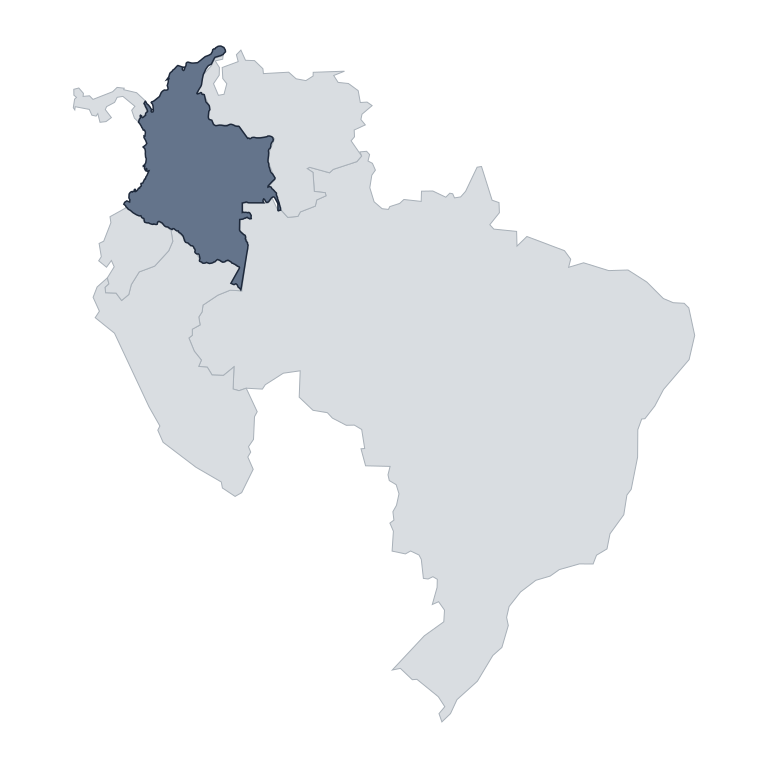 Colombia highlighted, Robinson projection
{"feature_id": "COL", "entity_name": "Colombia", "entity_type": "country or territory", "adm_level": 0, "iso_a3": "COL", "parent_name": "South America", "parent_adm1": "", "projection": "robinson", "projection_center": [-72.763, 4.099], "detail": "fine", "context": "with_neighbors", "style": "filled", "palette": "slate", "viewbox_px": 768, "rotation_deg": 0, "n_neighbors": 5, "source": "natural_earth", "source_scale": "50m", "svg_char_len": 10754}
<svg xmlns="http://www.w3.org/2000/svg" viewBox="0 0 768 768"><path d="M441.9,721.9L439.0,713.6L444.8,706.7L438.3,696.7L416.9,679.3L412.3,679.7L400.4,668.4L392.3,670.0L424.3,635.8L443.8,621.8L444.5,610.1L438.6,601.7L432.3,604.5L437.1,587.4L437.3,579.3L432.9,576.7L428.1,579.0L423.4,578.4L421.3,559.4L419.0,555.0L410.6,551.0L405.4,553.9L392.1,551.1L393.4,531.2L389.9,523.1L393.9,520.1L392.9,511.7L396.5,505.3L399.0,493.8L396.2,484.7L389.3,480.6L388.0,474.8L390.1,466.4L365.6,465.8L361.0,448.8L364.7,448.5L361.7,429.5L354.3,425.1L346.3,425.3L332.4,418.1L327.4,412.7L313.0,410.3L299.2,397.2L300.2,370.8L283.3,373.2L265.3,384.7L262.4,389.1L246.2,388.2L239.0,390.7L233.1,389.0L234.0,366.8L223.5,375.4L212.1,375.0L207.3,367.2L198.7,366.4L201.4,360.1L194.3,351.2L188.9,338.0L192.3,335.3L192.3,329.2L200.1,324.9L198.8,317.0L202.1,311.9L203.0,305.1L217.8,295.2L230.1,290.2L241.7,290.8L247.9,244.4L245.8,236.0L240.1,230.7L240.2,220.0L247.4,217.6L250.0,219.2L250.5,213.5L242.9,212.0L242.7,202.9L267.9,203.2L272.2,198.2L278.3,211.4L280.7,209.6L287.8,217.4L297.9,216.4L300.4,211.9L315.3,206.1L316.8,199.9L326.0,195.8L325.3,192.7L314.3,191.4L313.0,172.4L307.2,168.6L309.7,167.3L329.5,172.8L333.2,169.4L356.9,161.6L361.6,156.0L359.9,151.9L366.6,151.3L369.6,154.6L368.0,161.0L372.4,163.3L375.4,170.1L371.8,175.2L369.8,187.7L374.1,201.8L382.1,208.7L388.4,209.4L389.8,206.6L399.7,203.4L403.9,199.5L421.2,201.4L421.5,191.2L432.8,191.0L445.8,197.2L449.8,193.2L452.7,193.8L454.5,197.9L460.7,196.9L465.6,191.3L477.1,167.2L481.5,166.5L492.1,200.2L499.0,202.6L499.4,212.7L489.8,224.7L493.8,229.1L516.6,231.4L517.0,246.1L526.9,236.5L564.5,250.7L570.7,259.2L568.6,267.3L583.6,262.8L608.7,270.6L628.0,270.0L646.9,282.1L663.3,298.5L673.2,302.7L684.2,303.3L688.8,307.9L694.7,335.4L689.1,359.6L663.5,389.5L654.8,406.0L644.9,418.7L641.7,419.0L637.8,429.7L637.6,457.1L631.2,489.3L626.9,495.1L623.8,514.7L610.0,533.8L607.0,548.9L596.5,555.2L593.1,564.0L579.4,563.9L559.3,569.6L550.1,576.1L535.8,580.3L520.5,592.0L509.1,606.5L506.6,617.4L508.3,625.5L501.9,647.4L492.8,655.5L477.4,681.2L457.0,699.6L450.5,713.6L441.9,721.9Z" fill="#d9dde1" stroke="#a8b0b8" stroke-width="1"/><path d="M241.7,290.8L230.1,290.2L217.8,295.2L203.0,305.1L202.1,311.9L198.8,317.0L200.1,324.9L192.3,329.2L192.3,335.3L188.9,338.0L194.3,351.2L201.4,360.1L198.7,366.4L207.3,367.2L212.1,375.0L223.5,375.4L234.0,366.8L233.1,389.0L239.0,390.7L246.2,388.2L257.2,411.7L254.5,416.7L253.5,439.4L248.5,446.7L250.7,452.1L247.8,457.0L253.2,469.3L241.7,492.6L235.1,496.4L222.4,488.0L221.3,482.0L196.0,467.3L163.1,442.3L157.8,430.2L159.9,426.0L149.0,406.8L114.5,333.2L95.2,317.7L99.4,311.2L93.1,297.3L97.1,287.0L107.4,277.8L108.9,283.9L105.2,287.3L105.6,292.7L116.1,293.1L121.6,300.5L128.8,294.5L131.3,284.6L139.2,271.9L154.7,266.1L168.7,250.8L172.8,241.3L171.0,230.2L174.4,228.8L193.1,246.4L200.7,261.7L210.3,263.6L217.4,259.7L222.1,262.2L229.9,261.0L239.7,267.8L231.4,282.7L235.3,283.1L241.7,290.8Z" fill="#d9dde1" stroke="#a8b0b8" stroke-width="1"/><path d="M145.6,101.1L144.0,103.3L147.0,111.9L144.5,116.2L140.4,115.2L138.7,122.3L134.4,118.1L131.7,110.2L134.9,106.3L122.9,96.4L117.2,97.3L114.6,102.4L106.6,106.6L105.3,109.6L111.4,117.6L106.0,121.6L100.0,122.3L97.8,113.6L96.1,116.1L91.9,115.2L89.3,109.4L75.2,106.7L74.8,109.9L73.3,107.7L74.6,99.1L76.5,97.4L73.9,95.2L73.8,89.3L78.8,88.0L83.4,93.3L83.1,96.4L89.5,95.8L93.0,99.4L112.7,91.7L117.1,87.4L124.2,88.2L123.7,89.7L136.6,92.7L145.6,101.1Z" fill="#d9dde1" stroke="#a8b0b8" stroke-width="1"/><path d="M351.1,140.8L361.6,156.0L356.9,161.6L333.2,169.4L329.5,172.8L309.7,167.3L307.2,168.6L313.0,172.4L314.3,191.4L325.3,192.7L326.0,195.8L316.8,199.9L315.3,206.1L300.4,211.9L297.9,216.4L287.8,217.4L280.7,209.6L276.8,195.0L268.6,186.7L275.2,179.4L268.4,162.1L269.4,151.6L274.6,138.8L270.0,136.3L248.2,138.7L239.1,126.2L231.6,124.3L215.0,125.7L212.0,120.6L208.8,119.4L208.8,105.0L204.3,95.1L197.7,94.1L202.9,75.1L211.6,65.5L214.8,58.2L223.1,55.7L222.7,59.2L215.2,60.9L219.4,67.5L219.2,75.2L213.5,83.7L218.4,95.3L224.0,94.3L226.8,83.7L222.8,78.6L222.2,67.5L238.2,61.6L236.4,54.7L240.9,50.1L245.5,60.3L254.5,60.6L262.9,68.7L263.4,73.6L288.7,72.2L296.1,78.8L305.9,80.6L313.1,76.0L313.2,72.3L344.5,71.2L333.7,75.5L338.1,82.4L348.4,83.5L358.2,90.7L360.3,102.5L367.1,102.1L372.1,105.6L362.0,114.2L360.9,119.5L365.3,124.9L354.2,130.0L354.5,136.8L351.1,140.8Z" fill="#d9dde1" stroke="#a8b0b8" stroke-width="1"/><path d="M171.0,230.2L172.8,241.3L168.7,250.8L154.7,266.1L139.2,271.9L131.3,284.6L128.8,294.5L121.6,300.5L116.1,293.1L105.6,292.7L105.2,287.3L108.9,283.9L107.4,277.8L114.2,266.8L111.4,260.5L106.5,267.2L98.7,260.8L101.3,256.7L99.1,243.4L103.7,241.2L110.9,222.7L110.0,216.7L126.0,207.8L141.3,215.9L144.4,222.2L155.4,224.2L159.1,221.9L171.0,230.2Z" fill="#d9dde1" stroke="#a8b0b8" stroke-width="1"/><path d="M223.2,54.5L220.4,55.7L215.0,57.3L214.3,58.3L211.3,64.2L208.8,65.4L207.8,66.3L205.6,69.5L205.0,71.1L203.3,74.5L202.4,78.8L201.5,84.8L200.8,86.5L198.7,89.8L197.0,93.0L196.9,93.5L197.3,93.9L199.1,93.5L200.9,92.5L201.5,92.8L202.1,94.3L202.9,94.5L203.5,94.3L204.3,94.7L205.9,101.8L209.1,105.4L209.5,106.7L209.9,109.7L208.8,111.4L208.3,116.6L208.4,117.9L208.8,118.9L209.4,119.5L211.8,120.2L213.4,124.2L214.4,125.1L215.9,125.7L219.4,125.1L221.5,125.2L224.6,125.8L225.7,125.8L227.2,125.7L229.8,124.4L230.8,124.3L231.8,124.4L233.4,125.0L235.3,126.0L236.9,126.3L238.6,126.3L239.1,126.5L247.7,138.4L248.6,138.0L249.2,138.2L249.7,138.7L250.7,138.5L252.0,137.5L254.0,137.3L256.6,137.9L260.0,137.9L264.2,137.3L266.9,136.7L267.9,136.0L269.6,136.0L271.7,136.7L272.8,137.6L273.3,139.8L272.9,141.2L271.6,142.6L270.9,144.5L270.7,146.7L270.1,148.3L268.9,149.3L268.4,150.9L268.7,152.9L268.5,155.8L268.0,159.7L268.0,162.0L268.5,162.8L268.8,163.9L268.8,165.3L269.0,166.6L269.6,168.2L270.5,171.4L271.3,172.8L272.6,174.0L275.1,178.0L274.7,179.1L274.5,179.4L272.4,181.3L268.3,185.7L268.0,186.2L268.0,187.1L269.2,186.5L271.1,187.1L271.4,187.5L271.8,188.6L272.8,189.3L274.0,190.5L275.1,191.8L276.4,193.0L276.5,193.8L276.3,194.7L277.0,196.6L277.4,197.2L277.6,198.0L277.4,198.7L277.9,199.6L279.3,203.4L279.4,204.6L279.7,205.1L280.0,206.6L280.6,208.1L280.5,209.1L280.7,210.1L278.3,210.7L278.1,210.6L277.9,210.3L277.9,204.3L277.6,203.0L274.6,197.5L273.9,197.0L273.2,196.9L272.7,197.1L271.9,197.6L271.2,198.2L268.6,201.8L267.8,202.2L267.0,202.4L266.3,202.3L265.8,201.8L264.5,199.4L263.7,198.9L263.4,199.3L262.9,201.0L263.9,202.8L249.2,202.8L248.2,202.7L247.2,202.3L246.3,202.0L245.8,202.1L244.9,202.5L243.7,202.6L242.9,203.0L242.3,203.0L242.3,212.5L243.0,212.2L243.6,212.2L244.0,212.5L245.3,212.3L247.2,212.5L247.6,212.8L248.1,212.7L248.6,212.4L249.3,212.6L249.9,213.1L250.8,214.8L251.2,215.3L251.1,216.9L251.0,217.5L251.3,218.3L251.3,218.6L251.0,218.7L249.6,218.8L249.3,218.4L248.7,218.4L248.2,218.2L247.9,217.8L247.2,217.3L246.5,217.5L245.0,218.3L244.6,218.2L244.0,218.5L242.9,219.1L239.7,219.5L239.5,230.0L239.8,230.8L241.4,232.6L242.6,233.5L243.6,234.6L244.7,235.0L245.1,235.4L245.4,236.1L245.6,237.3L245.3,238.5L245.4,239.1L245.8,239.6L246.3,241.4L247.5,242.6L247.5,243.9L248.0,244.8L248.1,245.4L247.9,246.2L247.7,248.8L247.1,251.7L241.0,289.4L240.8,289.9L240.1,288.8L239.1,287.8L238.2,287.2L237.2,284.8L236.0,283.8L235.4,283.8L234.9,284.3L234.1,284.6L233.5,284.5L230.9,283.3L239.4,268.2L239.5,267.5L239.1,266.8L237.2,266.1L236.6,265.3L235.7,265.0L235.0,264.4L233.7,263.8L232.9,263.3L232.0,263.2L231.3,262.2L228.5,260.4L227.9,260.2L226.0,260.8L224.9,261.8L223.6,262.1L222.3,262.1L221.7,261.5L221.0,261.3L220.2,260.5L217.7,259.5L217.1,259.7L214.7,262.0L213.8,262.0L212.8,262.8L211.7,263.1L209.4,263.5L206.5,262.4L205.3,263.0L204.1,263.2L203.1,263.2L202.4,263.0L201.8,262.2L199.6,261.3L199.4,260.3L200.0,258.4L199.1,254.7L198.7,254.1L198.2,253.9L197.1,254.1L195.9,253.4L195.2,252.7L194.8,251.9L195.2,250.4L194.9,249.2L194.2,248.5L193.7,247.2L193.0,246.2L192.1,245.7L191.2,245.8L190.5,245.5L189.6,244.4L188.9,244.0L188.0,243.0L186.4,242.6L185.5,242.2L184.4,240.4L184.5,239.8L184.1,239.2L183.3,236.5L182.7,235.5L180.7,233.4L178.9,232.3L178.3,230.9L177.2,230.9L176.5,230.7L175.7,230.2L174.0,228.7L172.9,228.6L172.1,229.5L169.8,228.5L167.8,227.0L165.7,226.7L164.4,225.8L162.5,223.4L162.0,222.9L159.4,221.5L158.8,221.4L157.8,222.0L157.5,222.4L157.3,224.1L156.5,224.5L155.1,224.4L154.1,224.0L153.4,224.0L153.3,224.3L152.9,224.4L152.1,224.3L149.9,223.6L148.5,222.8L147.8,222.9L146.2,222.7L144.8,222.2L144.5,221.8L143.9,218.7L143.7,218.4L142.2,217.9L141.6,217.4L140.9,215.7L139.2,215.9L136.5,214.8L133.0,212.7L130.4,210.4L128.2,209.2L127.5,208.1L125.9,206.7L125.6,205.7L123.8,204.2L124.7,202.3L126.8,200.9L129.6,202.0L129.9,199.8L128.9,197.9L129.1,194.2L129.4,193.5L130.2,192.5L131.1,191.8L131.7,191.6L132.6,192.0L133.2,191.2L135.5,191.6L136.2,191.3L137.2,190.4L137.9,189.5L138.3,188.5L138.7,188.1L139.5,188.2L139.5,187.8L139.9,187.2L141.3,185.9L141.3,185.3L140.9,184.0L141.0,183.5L142.8,183.0L144.6,179.1L145.4,179.0L145.8,177.1L146.9,175.5L149.0,170.7L148.4,170.8L147.8,171.5L147.3,171.4L146.6,171.0L146.8,168.9L146.4,168.6L145.4,170.3L144.5,168.6L144.4,167.5L144.8,166.5L144.7,165.8L143.3,166.3L143.3,165.7L144.2,165.1L144.7,164.4L145.4,163.6L145.8,162.5L146.3,158.9L146.0,158.0L145.6,157.2L145.3,153.7L145.4,151.7L145.2,150.1L144.8,148.7L143.1,147.0L145.8,144.9L146.8,143.4L145.6,140.3L144.0,137.6L144.0,136.0L144.4,136.2L144.9,136.2L145.4,132.8L145.3,131.8L144.4,130.1L143.3,130.1L142.3,128.0L141.8,127.5L141.3,126.2L139.7,123.6L138.5,122.2L139.4,119.1L140.2,118.5L140.5,117.7L140.2,115.8L140.3,115.4L140.5,115.2L141.0,115.5L141.6,116.3L142.1,117.3L142.5,117.6L143.2,117.3L145.6,115.2L145.4,114.6L145.7,113.3L146.5,112.3L147.3,111.9L147.6,111.3L147.4,110.4L146.5,108.2L145.7,107.0L145.2,105.8L144.9,104.7L144.0,103.7L144.4,102.7L145.1,101.5L145.3,101.3L145.7,101.6L146.8,103.7L148.5,105.1L150.2,107.3L150.9,108.8L151.5,109.1L152.0,109.6L151.8,110.0L151.2,110.5L151.1,111.3L151.4,111.8L151.8,112.1L152.9,111.9L153.4,110.9L153.1,106.4L152.5,104.1L151.8,103.4L151.2,102.6L151.6,101.9L152.7,101.6L154.1,100.8L159.5,96.5L161.3,92.4L162.7,91.0L164.3,90.0L166.2,90.2L167.7,89.7L168.1,88.4L167.7,86.7L167.2,85.6L167.7,84.1L168.3,81.8L168.2,79.8L169.0,78.7L168.7,78.2L167.7,79.2L166.8,79.6L168.8,76.9L169.6,74.0L170.2,72.8L172.3,71.1L172.7,70.2L174.4,69.0L176.9,66.2L177.9,65.5L183.0,67.2L184.5,67.1L184.3,67.4L183.5,67.5L182.5,68.0L182.2,69.1L182.9,70.2L183.6,70.5L184.3,69.8L184.9,67.8L186.0,65.5L186.2,63.2L187.0,62.4L188.0,62.1L191.4,63.0L192.9,63.1L197.6,62.7L205.2,56.6L208.7,55.3L210.9,54.1L212.4,51.6L212.7,49.7L213.8,48.9L214.9,48.9L215.4,48.5L215.5,47.9L218.1,46.3L219.6,46.1L221.0,46.1L223.9,47.5L225.3,50.0L225.5,51.8L223.7,53.6L223.2,54.5ZM135.6,190.8L135.2,191.1L134.6,190.5L134.3,189.8L134.8,189.3L135.3,189.4L135.5,189.9L135.6,190.8Z" fill="#64748b" stroke="#1e293b" stroke-width="1.5"/></svg>